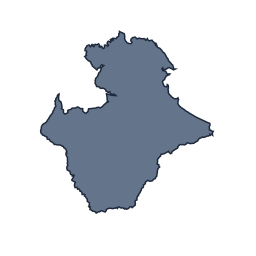 São Lourenço do Sul, Rio Grande do Sul, Brazil (orthographic projection), rotated 289°
{"feature_id": "56859067B86962262775213", "entity_name": "São Lourenço do Sul", "entity_type": "district", "adm_level": 2, "iso_a3": "BRA", "parent_name": "Brazil", "parent_adm1": "Rio Grande do Sul", "projection": "orthographic", "projection_center": [-52.096, -31.253], "detail": "fine", "context": "isolated", "style": "filled", "palette": "slate", "viewbox_px": 256, "rotation_deg": 289, "n_neighbors": 0, "source": "geoboundaries", "source_scale": "gbopen_adm2", "svg_char_len": 5694}
<svg xmlns="http://www.w3.org/2000/svg" viewBox="0 0 256 256"><g transform="rotate(289 128 128)"><path d="M216.5,88.5L215.1,89.0L214.0,88.6L212.7,89.2L211.6,89.2L210.4,88.1L208.7,87.7L207.9,84.3L207.1,83.9L206.7,85.2L205.8,85.2L206.6,83.2L205.8,82.6L204.4,83.9L203.4,83.6L203.8,82.0L203.6,81.1L202.7,80.6L201.0,80.8L200.1,82.5L199.0,82.4L198.8,81.6L199.2,80.2L198.7,78.8L196.1,79.6L194.9,78.4L195.9,77.4L196.6,76.5L195.3,75.4L195.5,74.3L196.6,74.7L198.0,72.8L196.6,71.4L196.4,69.6L195.1,69.5L193.8,69.2L194.1,68.2L195.4,67.8L195.2,66.7L194.0,66.7L192.6,66.0L193.6,65.0L193.9,64.2L193.3,63.4L192.5,62.5L191.5,62.3L189.5,61.8L188.3,61.8L187.1,62.2L187.2,63.7L186.1,64.3L184.5,64.1L183.1,65.1L182.4,64.3L181.4,63.8L181.1,64.8L180.3,65.5L179.2,67.5L178.6,69.4L178.5,71.0L176.8,72.2L176.1,73.4L175.0,74.0L174.4,75.7L172.8,79.7L175.1,80.3L175.8,82.0L177.7,81.9L179.1,82.5L179.2,84.8L177.6,83.8L176.2,83.3L174.6,83.4L172.3,83.4L170.7,82.5L166.8,82.4L164.7,81.4L162.2,81.4L161.6,82.0L159.9,82.2L159.2,82.6L158.5,83.7L157.0,84.8L157.5,87.2L156.6,88.7L157.0,90.5L157.5,91.1L157.5,92.9L156.8,94.5L155.5,95.5L155.7,96.6L155.0,97.7L156.4,99.1L154.8,99.8L154.6,101.3L154.8,102.6L155.5,104.1L154.7,106.0L153.6,102.2L153.3,96.5L151.3,97.6L149.4,98.6L148.5,98.8L146.7,99.8L146.7,100.8L145.8,100.6L145.7,99.6L144.1,99.0L142.5,97.9L140.5,97.1L138.0,95.4L138.1,93.6L137.3,92.0L136.4,91.1L133.3,84.5L130.4,84.8L129.2,83.9L128.4,83.7L128.2,82.3L129.0,79.9L131.6,78.8L130.9,77.1L131.1,75.8L131.6,74.0L131.1,72.9L129.9,72.0L128.5,68.6L126.8,67.8L125.6,65.8L124.6,65.3L123.7,66.0L122.8,66.1L121.5,64.8L120.6,63.3L121.8,61.8L123.7,61.3L124.3,60.8L124.6,58.8L126.5,58.8L128.2,57.8L130.8,56.2L131.4,54.1L132.7,53.0L135.6,52.1L136.9,52.0L137.7,51.7L136.9,51.1L135.7,50.7L134.1,50.9L132.4,50.2L130.9,50.6L129.6,50.1L128.7,50.9L126.6,51.5L125.7,52.4L124.6,52.6L122.9,51.9L121.2,52.2L119.6,51.6L118.7,51.8L117.2,51.7L116.2,51.2L115.3,51.0L114.3,50.5L113.0,50.5L112.3,50.0L111.3,50.1L109.2,49.3L107.2,49.0L106.3,48.3L105.4,47.9L104.7,46.9L103.0,46.0L100.7,45.7L99.6,46.2L97.3,46.2L95.9,46.7L94.5,47.8L94.3,48.8L93.5,49.5L93.6,50.8L93.3,51.9L93.0,54.5L91.4,55.0L91.2,56.2L91.7,57.2L90.3,58.8L89.7,61.6L89.3,62.5L88.4,63.7L88.9,64.8L89.0,66.7L89.7,68.6L89.8,70.5L89.4,71.5L89.5,72.9L88.5,73.7L87.8,76.0L85.7,77.9L84.9,77.4L84.0,78.4L83.2,77.7L82.2,78.4L81.0,79.6L80.2,80.4L77.1,81.5L76.4,82.0L74.8,82.0L73.4,83.3L71.4,82.8L69.7,83.4L68.5,84.3L68.1,87.3L66.1,88.4L65.4,89.1L65.6,90.2L64.5,90.9L65.4,91.5L65.7,92.4L63.1,92.4L62.3,92.1L61.5,91.9L60.4,91.8L59.9,93.4L59.7,95.2L59.3,96.0L58.5,95.7L56.8,95.9L55.5,96.4L54.4,97.4L55.2,99.0L53.7,100.4L54.4,101.1L54.2,102.0L52.6,103.3L52.9,104.2L51.8,105.5L50.2,106.3L51.0,107.7L50.9,108.9L49.6,108.8L49.4,109.7L48.1,111.6L47.3,112.7L45.3,113.4L44.9,115.4L43.8,116.2L41.7,116.5L41.4,117.4L40.8,116.7L40.1,118.3L38.5,118.6L38.5,119.9L37.8,121.9L38.2,123.0L38.1,124.6L37.2,125.6L39.3,127.5L39.5,128.5L40.6,129.2L41.2,129.7L41.2,130.8L41.1,132.4L41.2,133.8L42.8,134.3L44.0,134.1L45.1,135.2L45.7,135.8L46.4,137.3L46.6,138.8L46.8,140.0L47.4,140.6L48.0,141.7L48.3,142.6L49.1,143.2L48.5,144.2L49.9,144.5L50.6,145.7L50.1,146.5L50.2,147.8L50.7,148.8L50.8,150.0L50.2,150.9L51.1,151.6L50.7,152.9L51.4,154.0L52.2,154.7L53.0,155.1L54.3,155.7L54.6,156.9L54.0,157.8L57.4,159.9L59.2,159.5L60.4,158.7L61.8,158.6L62.9,159.9L64.4,159.2L66.7,159.2L67.5,160.0L68.3,159.6L69.4,159.9L70.7,160.4L72.3,160.4L73.1,160.8L75.2,160.5L76.1,161.2L76.9,161.7L78.2,161.6L79.2,161.2L80.9,162.5L82.4,162.1L84.9,163.7L84.7,165.7L85.8,168.0L88.2,169.2L89.0,170.2L90.4,170.3L92.1,170.9L93.5,170.4L95.6,170.2L96.8,169.7L99.5,169.6L101.5,170.6L101.9,169.7L103.4,169.0L103.3,167.3L105.6,167.0L107.6,166.2L110.0,166.8L112.1,167.9L113.2,167.7L114.0,167.9L115.2,170.3L117.9,172.8L119.1,173.9L118.2,174.9L117.6,176.7L118.5,177.5L119.4,177.3L120.2,177.5L121.9,178.6L125.0,181.3L125.9,181.5L126.8,181.2L129.2,182.5L129.7,184.0L130.3,185.7L130.3,186.7L131.5,188.1L132.7,188.5L133.4,189.0L133.4,190.4L133.5,192.0L134.1,193.2L134.9,195.0L137.0,196.7L138.5,198.1L140.0,198.3L141.6,199.0L142.6,200.5L143.7,201.1L143.7,202.5L144.2,203.4L144.9,204.1L146.0,205.2L146.3,206.2L147.2,207.2L147.7,208.0L148.6,207.5L148.4,208.4L149.3,209.1L148.8,210.3L150.5,209.4L152.6,209.7L152.4,208.2L152.8,207.1L152.6,205.6L153.7,205.4L155.5,204.3L157.0,204.7L159.0,203.9L159.1,201.5L160.4,189.2L161.2,185.2L162.1,180.8L162.5,179.8L162.9,177.2L163.6,175.6L164.7,171.4L165.9,168.8L166.4,168.1L167.6,167.1L169.0,166.7L170.0,166.5L171.5,166.5L172.8,165.4L171.6,164.6L171.1,163.7L170.9,162.7L170.9,161.7L171.3,160.2L171.6,159.1L172.3,158.1L173.4,155.8L174.7,154.5L175.8,154.4L177.2,153.3L178.9,153.2L181.4,152.2L181.8,151.0L180.1,151.4L179.4,151.0L179.3,148.6L181.0,147.1L182.4,145.8L184.0,145.6L185.8,146.8L186.8,146.7L189.5,147.3L191.2,148.7L191.5,149.5L192.7,150.0L191.9,147.3L193.9,145.3L194.0,144.0L193.6,143.1L193.7,142.1L195.0,140.8L196.1,141.2L195.2,141.7L194.6,142.4L195.3,143.5L196.1,144.9L197.8,146.3L198.6,147.7L198.3,149.1L198.1,150.8L197.8,152.2L199.1,153.5L198.7,152.0L200.4,151.0L202.1,149.7L202.5,148.5L203.2,147.5L204.9,144.3L206.6,143.1L207.6,141.3L208.9,140.1L210.6,138.1L211.4,135.8L212.3,134.8L213.7,132.2L213.8,130.3L214.1,129.2L215.6,128.4L216.3,127.4L215.3,127.3L216.3,126.2L217.1,126.7L217.1,125.5L218.1,123.0L218.8,122.2L218.1,120.6L217.3,119.8L217.6,118.5L218.8,117.1L217.2,116.8L216.7,116.0L217.7,115.1L217.8,114.1L216.9,112.3L216.6,109.1L215.2,107.7L216.3,105.1L215.1,103.2L214.1,102.4L213.0,102.0L212.0,102.0L211.2,102.4L210.9,103.4L210.2,103.9L208.9,103.6L208.2,101.7L208.3,99.5L209.5,97.4L210.3,96.6L211.3,95.7L213.4,95.2L215.9,93.8L216.0,92.8L216.3,89.6L216.5,88.5Z" fill="#64748b" stroke="#1e293b" stroke-width="1.5"/></g></svg>